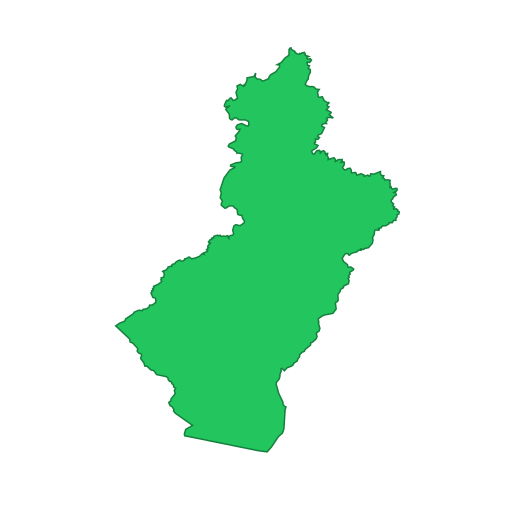 Kedougou, Kédougou, Senegal (Equal Earth projection), rotated 75°
{"feature_id": "50182788B85082652306110", "entity_name": "Kedougou", "entity_type": "district", "adm_level": 2, "iso_a3": "SEN", "parent_name": "Senegal", "parent_adm1": "Kédougou", "projection": "equal_earth", "projection_center": [-12.631, 12.759], "detail": "fine", "context": "isolated", "style": "filled", "palette": "green", "viewbox_px": 512, "rotation_deg": 75, "n_neighbors": 0, "source": "geoboundaries", "source_scale": "gbopen_adm2", "svg_char_len": 6104}
<svg xmlns="http://www.w3.org/2000/svg" viewBox="0 0 512 512"><g transform="rotate(75 256 256)"><path d="M252.5,107.2L250.4,106.2L249.2,107.6L248.3,107.1L246.7,108.3L246.4,110.9L245.3,110.8L244.6,109.4L242.6,111.0L241.3,109.6L238.6,111.4L236.8,110.7L236.3,109.3L234.5,107.9L233.4,104.7L231.3,104.7L230.2,106.3L229.5,103.3L228.7,102.5L227.3,102.4L226.7,103.7L226.8,106.7L225.8,107.6L224.1,107.6L224.3,108.8L220.6,107.6L219.4,107.8L217.7,106.8L216.7,108.5L216.0,111.7L214.3,112.2L213.1,113.5L211.6,111.8L210.6,113.9L209.3,114.6L206.6,113.9L207.4,120.8L206.3,124.0L208.3,125.2L207.9,126.3L206.8,127.0L207.0,130.5L206.6,131.2L205.6,130.8L203.7,133.3L204.1,137.6L201.1,138.1L200.4,142.2L197.3,141.8L195.6,142.3L195.2,145.1L196.1,146.3L195.7,148.2L194.1,149.2L192.9,149.5L190.9,147.3L188.4,146.5L187.8,146.7L187.5,149.5L186.4,148.1L185.1,147.8L184.2,151.6L185.6,155.5L184.9,154.5L183.3,154.3L181.2,155.3L181.5,161.4L180.3,160.6L177.4,161.2L175.4,160.2L175.2,161.1L176.0,162.4L172.7,162.6L171.8,163.4L171.9,165.1L173.6,168.0L171.8,166.2L171.1,167.4L170.3,167.5L170.1,170.1L172.8,173.6L171.7,175.0L168.8,175.0L167.2,169.5L165.3,167.4L162.6,170.7L161.7,170.1L161.3,168.9L158.4,168.5L159.4,166.0L158.0,164.0L156.5,165.6L155.3,164.9L154.7,160.9L149.6,156.6L147.7,158.9L146.2,158.4L145.7,155.8L146.3,153.6L145.1,154.1L143.2,151.7L141.3,152.2L140.8,151.3L141.5,147.9L142.4,146.7L142.2,146.0L138.4,148.7L137.1,146.3L136.4,146.4L133.0,150.2L130.8,146.9L129.7,148.3L128.5,148.3L127.0,145.8L126.5,146.0L126.3,147.4L123.5,150.0L119.5,150.6L119.1,151.2L119.4,153.1L118.4,154.6L113.4,154.1L111.5,151.8L110.4,154.8L107.8,156.2L106.7,158.2L106.6,159.7L104.8,162.9L102.8,164.0L99.9,161.6L98.8,159.9L95.0,158.3L92.6,155.9L89.9,155.3L88.4,157.0L86.0,155.1L85.1,156.9L82.3,156.6L82.1,155.9L83.0,154.1L81.2,151.7L79.5,152.5L79.2,155.0L78.5,155.6L77.1,155.3L76.9,153.4L74.9,156.5L73.4,156.1L71.7,156.8L72.2,157.6L71.6,158.9L72.3,160.2L71.6,161.1L72.3,162.1L71.5,163.8L69.6,165.5L68.4,165.5L65.4,168.6L64.2,168.2L63.9,169.2L65.0,170.6L70.6,172.2L72.3,176.9L75.6,181.4L76.7,186.0L77.7,183.8L79.5,184.3L83.1,189.0L84.6,194.7L86.2,196.9L88.0,198.0L88.9,204.1L86.3,206.3L85.4,209.0L83.0,210.5L79.2,209.0L82.1,211.5L81.6,218.5L83.9,219.2L88.4,222.7L88.7,223.9L88.2,223.8L88.7,224.3L86.1,226.8L86.9,230.4L89.8,230.5L92.8,233.0L98.7,233.0L99.9,236.0L99.9,237.8L96.9,239.0L96.9,240.3L98.8,242.8L98.0,243.9L98.4,244.5L101.7,247.2L103.1,247.8L104.3,246.9L104.2,242.2L105.1,245.2L106.5,247.3L112.2,245.1L116.0,245.9L117.3,245.4L118.4,243.9L117.2,241.5L117.2,239.5L120.1,237.2L121.9,230.9L124.3,228.3L127.7,229.1L128.4,230.0L127.7,231.7L124.3,235.5L124.5,239.9L126.2,242.0L128.3,241.9L129.2,240.6L129.3,238.7L130.9,239.6L134.7,245.0L136.8,244.4L139.5,245.9L140.9,252.6L142.5,254.4L143.6,254.1L146.7,250.0L148.1,249.7L150.1,248.0L151.9,247.8L151.8,246.8L153.7,243.1L154.7,242.8L156.9,244.8L160.7,245.4L161.4,246.7L160.8,251.1L161.5,256.8L162.4,257.4L163.1,256.7L164.4,253.3L165.1,253.8L166.2,259.0L172.4,266.7L182.7,273.5L186.0,273.2L190.4,275.5L194.3,274.2L196.5,276.0L198.0,276.4L201.8,273.7L201.9,272.4L200.7,269.0L201.7,265.2L203.8,264.3L206.1,262.2L210.8,262.9L211.8,262.1L213.2,259.2L216.2,259.2L219.5,258.1L220.9,258.9L222.6,263.5L220.5,267.4L221.2,269.5L224.9,271.8L228.8,271.9L229.8,273.0L229.6,275.4L230.5,277.4L232.0,277.6L231.3,278.1L229.7,277.6L228.9,278.3L229.2,280.4L228.2,282.3L228.2,284.2L228.0,284.8L226.8,285.0L226.6,287.3L226.0,287.6L226.0,291.5L227.6,292.3L227.1,293.3L227.4,294.3L228.4,294.2L228.5,296.3L230.2,298.3L231.2,298.0L231.4,296.7L231.9,296.8L233.6,299.7L234.8,300.4L235.7,299.7L237.2,302.2L238.1,301.2L239.0,302.0L239.5,306.0L241.0,305.7L239.9,307.5L241.7,310.7L242.3,315.8L241.9,319.1L239.9,320.5L239.6,321.6L240.3,322.6L240.3,325.6L241.0,325.7L241.9,328.0L241.3,330.1L240.3,330.4L240.3,332.4L241.3,335.3L242.4,336.4L242.4,338.9L243.1,339.9L244.3,340.1L243.8,340.8L243.9,343.8L244.5,343.9L246.3,346.7L246.5,349.7L246.8,350.2L247.7,349.2L250.1,349.4L252.4,350.5L252.6,353.3L253.4,353.1L254.3,354.1L256.3,353.7L258.0,357.9L258.8,362.8L260.2,362.9L260.8,364.4L262.4,364.1L262.7,365.9L264.0,365.9L264.6,367.1L269.4,366.3L270.3,364.5L271.2,364.0L274.9,364.8L276.5,369.0L275.9,371.5L277.6,372.5L278.7,375.3L278.3,378.9L279.4,380.1L278.0,383.0L278.7,388.1L280.2,389.8L282.9,398.0L285.0,399.8L285.6,405.3L287.2,409.6L303.3,399.6L306.6,399.8L308.1,397.6L314.9,394.1L317.0,395.4L319.2,394.6L320.8,392.4L323.1,392.3L324.2,393.7L325.4,393.9L330.3,391.9L333.6,391.9L334.2,389.8L338.8,387.1L340.2,384.4L344.8,382.7L349.4,373.7L351.0,372.6L352.8,372.8L354.5,372.0L355.7,370.3L357.5,370.3L359.1,369.1L361.2,369.4L363.0,367.8L364.7,369.7L368.0,369.6L372.1,375.1L373.7,375.6L374.8,378.1L376.2,378.1L378.5,377.6L379.4,376.3L382.9,375.0L384.4,375.8L387.2,374.5L403.2,361.1L405.3,368.8L409.4,371.3L411.2,371.4L444.6,304.3L448.1,295.9L447.6,295.2L444.4,290.4L436.2,281.0L433.9,276.3L430.2,273.8L412.1,267.7L409.5,266.1L408.7,267.3L406.4,268.3L404.2,267.8L394.7,269.6L385.0,269.7L383.4,269.0L380.8,265.4L378.0,263.8L377.1,263.9L373.8,261.5L371.6,261.2L371.3,260.0L374.2,258.3L372.0,254.9L371.6,250.3L370.6,248.0L369.5,247.6L368.0,243.3L366.2,242.1L364.6,240.0L362.6,239.4L360.9,236.3L360.6,234.0L358.9,232.5L356.2,226.4L354.1,225.6L353.9,223.9L351.8,219.6L349.8,217.9L346.0,217.7L344.8,214.4L342.4,213.0L336.7,213.1L336.5,212.5L332.8,212.2L331.2,208.0L330.7,205.1L331.3,196.6L328.0,192.3L322.3,191.5L321.3,190.8L321.2,189.3L320.1,188.1L314.4,186.9L312.2,184.1L310.1,182.9L309.3,179.8L307.6,179.0L306.8,173.9L303.8,172.4L301.4,172.8L300.7,171.4L299.0,171.8L297.9,169.7L296.1,169.9L294.8,165.8L293.9,165.0L291.2,167.2L290.7,170.0L288.0,169.9L284.1,172.8L280.7,173.4L277.3,169.8L276.9,169.3L277.4,166.5L278.9,166.3L279.4,165.5L278.1,162.9L278.1,157.5L277.0,155.1L277.6,152.8L276.3,152.9L277.5,150.4L276.9,148.8L277.1,145.2L273.8,140.3L270.6,138.7L268.6,138.9L265.9,136.3L262.0,134.7L261.7,133.7L263.0,130.7L262.0,130.0L261.0,130.5L261.2,127.9L259.5,126.0L260.4,122.9L259.4,119.4L258.3,118.8L259.1,115.8L257.3,114.1L257.8,111.6L255.9,111.2L254.8,109.7L252.6,109.0L252.5,107.2Z" fill="#22c55e" stroke="#15803d" stroke-width="1.5"/></g></svg>